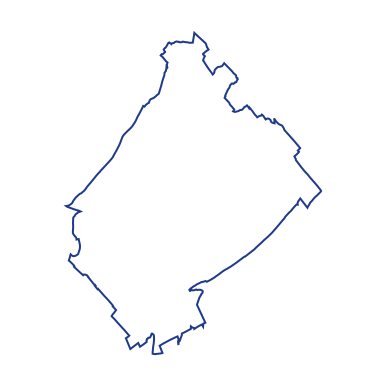 the district of Stauceni, Botosani, Romania, rotated 85°
{"feature_id": "2599482B98332276740934", "entity_name": "Stauceni", "entity_type": "district", "adm_level": 2, "iso_a3": "ROU", "parent_name": "Romania", "parent_adm1": "Botosani", "projection": "robinson", "projection_center": [26.772, 47.732], "detail": "fine", "context": "isolated", "style": "outline", "palette": "blue", "viewbox_px": 384, "rotation_deg": 85, "n_neighbors": 0, "source": "geoboundaries", "source_scale": "gbopen_adm2", "svg_char_len": 5962}
<svg xmlns="http://www.w3.org/2000/svg" viewBox="0 0 384 384"><g transform="rotate(85 192 192)"><path d="M331.9,270.6L343.0,267.1L337.7,258.7L341.6,257.3L340.3,254.9L337.5,250.3L336.8,250.4L336.4,250.3L336.1,250.0L335.7,250.1L334.6,249.7L334.6,249.4L334.3,249.0L333.4,248.3L333.4,246.7L333.1,246.3L331.1,245.2L329.7,244.6L329.5,244.2L330.1,243.6L330.3,243.2L331.1,242.6L331.9,242.5L334.2,242.5L335.1,242.7L335.4,242.6L339.8,243.4L342.4,244.1L348.3,245.2L349.7,245.3L350.3,243.0L350.1,237.3L349.8,235.5L342.3,237.6L340.4,233.7L337.3,226.4L335.4,221.4L334.6,219.0L337.4,218.2L338.7,218.6L340.4,219.0L342.3,218.9L342.2,218.6L340.7,218.7L339.8,217.8L339.4,217.3L338.8,217.0L333.7,214.6L332.1,214.4L331.1,211.6L328.3,205.1L325.7,204.8L326.1,204.3L327.1,203.8L327.1,203.4L327.7,201.6L328.6,201.6L326.5,197.7L324.9,194.0L324.9,193.8L327.1,192.7L324.1,192.2L323.4,190.1L304.7,196.9L298.9,194.3L297.7,193.8L296.8,192.9L295.9,192.6L295.3,191.9L294.6,191.7L294.2,191.2L293.6,190.5L291.8,189.9L290.8,190.8L290.1,192.3L290.0,193.4L290.0,194.7L290.1,195.5L289.5,196.3L290.1,198.6L290.1,199.6L289.6,200.8L290.4,202.6L289.3,203.2L288.1,201.9L287.2,200.3L286.1,198.6L285.4,196.8L284.3,195.0L283.9,193.7L282.5,190.3L282.5,188.8L282.1,187.4L281.9,186.2L282.7,185.1L281.3,181.5L280.1,179.1L279.0,176.9L277.9,175.2L276.4,172.5L274.3,169.2L273.2,167.4L272.4,165.8L271.1,162.8L270.6,162.1L270.5,161.6L270.5,161.4L266.9,155.0L261.2,145.8L260.9,145.2L260.9,144.6L260.5,144.0L254.3,134.5L253.9,134.2L253.6,133.7L252.9,133.0L248.2,126.8L246.6,124.9L243.3,120.4L239.7,116.0L234.8,110.9L228.7,104.8L227.8,103.9L227.6,103.5L225.3,101.5L224.8,101.3L224.0,100.4L220.4,96.4L219.6,95.2L216.9,92.6L213.9,89.4L213.6,88.9L213.7,88.7L213.9,87.8L212.2,87.8L210.7,87.1L207.9,84.7L217.7,78.4L217.3,78.2L213.4,75.4L212.9,75.2L211.3,73.3L209.9,72.0L208.2,70.3L206.5,68.0L203.2,64.0L202.3,63.3L201.1,63.8L197.9,65.9L195.4,67.6L189.0,72.3L184.3,75.5L181.6,77.7L176.6,81.1L169.3,85.7L167.9,85.8L166.7,86.4L166.4,86.4L165.6,86.9L165.2,86.7L164.8,86.3L164.5,85.5L162.1,82.6L161.3,81.9L160.0,83.0L157.7,80.4L149.2,86.4L138.5,94.4L137.9,94.7L136.8,94.9L135.7,95.4L135.2,95.7L134.1,96.2L133.6,96.6L132.7,98.2L132.3,99.1L131.4,100.1L129.6,101.6L129.1,102.1L125.8,103.8L127.8,103.6L130.8,103.8L129.8,106.2L129.2,106.9L128.3,107.3L127.3,107.4L126.0,108.6L125.6,109.3L125.4,110.0L125.4,110.5L125.6,111.2L126.2,112.2L125.5,112.7L124.8,112.9L124.2,113.4L122.6,114.2L121.5,115.1L121.0,115.7L121.7,116.1L121.9,116.5L122.0,117.5L122.1,118.1L122.3,118.6L123.3,120.5L122.7,120.8L120.2,122.7L116.3,125.0L112.8,127.4L113.6,127.8L111.8,128.8L110.5,129.7L111.3,130.8L112.0,132.4L112.3,132.8L113.2,133.5L114.3,134.8L114.5,135.3L114.6,135.7L114.5,136.4L114.6,137.0L115.3,138.5L115.5,139.0L116.0,142.2L115.9,142.6L115.2,144.0L113.6,142.7L110.8,144.6L108.6,146.3L108.2,146.6L106.5,147.1L105.9,147.5L101.0,151.3L99.5,150.3L99.1,150.6L97.3,149.7L93.0,147.2L92.4,146.7L92.0,146.2L90.8,145.4L89.9,145.2L88.8,144.5L87.4,142.9L87.5,142.0L87.8,141.7L87.9,141.3L87.3,140.4L86.5,139.5L86.5,139.3L86.7,139.1L86.4,138.4L86.0,138.1L85.0,137.6L84.0,137.0L83.7,136.6L82.4,136.9L82.4,137.4L82.1,137.7L81.2,137.9L79.6,138.0L76.9,140.5L74.9,141.8L66.5,148.7L68.6,150.5L69.2,151.1L69.4,151.9L69.5,152.6L69.7,153.4L69.7,154.7L69.8,155.2L69.9,155.6L70.9,157.0L72.1,158.3L72.6,158.7L73.0,158.9L75.0,159.4L76.0,160.2L76.8,161.1L75.3,161.9L72.4,163.7L69.5,165.4L64.3,168.2L63.7,168.4L63.4,168.4L61.9,169.5L61.5,169.4L59.4,168.4L57.8,167.3L56.0,168.9L55.7,169.0L55.1,168.8L54.7,168.0L53.4,166.3L52.7,165.1L51.6,163.1L50.9,163.5L49.8,164.0L49.2,164.4L47.7,164.7L45.1,165.4L36.5,173.3L33.7,175.8L35.9,176.3L43.3,178.2L43.1,181.7L42.4,183.7L42.4,184.2L42.3,185.0L41.4,188.0L41.8,188.7L41.9,190.3L41.7,191.4L41.5,192.0L41.3,192.0L41.1,192.8L41.1,193.0L40.8,193.8L40.7,194.5L40.9,194.8L41.0,195.6L41.4,196.4L41.9,197.0L42.2,199.0L42.9,199.7L42.1,200.1L41.9,200.4L41.8,201.0L41.4,201.5L41.1,201.6L41.1,201.8L41.3,202.2L41.6,202.7L42.0,203.1L42.6,203.3L45.8,205.6L46.1,206.0L46.3,206.6L47.6,207.8L47.9,207.8L50.0,206.6L50.3,206.6L50.8,207.4L51.6,208.3L52.0,208.9L52.1,209.1L52.0,210.0L52.4,210.6L53.2,211.3L54.9,209.6L59.7,206.3L60.8,205.1L63.2,206.0L65.4,205.8L66.0,205.7L66.1,205.8L65.0,206.5L67.0,206.8L69.5,207.7L69.8,208.1L70.9,209.0L73.0,209.3L79.3,212.0L83.4,213.4L91.1,216.5L91.4,216.8L92.7,218.9L93.8,220.1L94.0,220.6L94.9,221.8L95.3,223.0L95.7,224.3L96.0,225.2L97.0,226.1L97.5,226.4L99.3,227.1L100.0,228.6L101.2,230.4L101.5,230.7L102.8,231.8L102.0,233.1L104.8,234.7L108.5,237.1L110.6,238.4L111.1,238.9L111.8,239.4L115.4,241.4L117.6,242.8L118.7,243.7L121.1,245.6L123.1,247.7L126.8,252.3L128.3,254.0L129.4,255.2L131.1,256.5L136.9,259.3L138.8,260.3L144.3,263.8L147.9,266.3L149.3,267.2L150.9,268.3L151.7,269.0L155.7,273.2L162.9,281.2L164.2,282.4L164.7,283.1L167.6,286.1L173.8,292.1L177.4,295.8L180.7,298.6L181.6,299.7L183.1,301.8L183.8,302.8L183.9,303.4L184.3,304.3L187.4,308.3L189.8,310.5L191.3,311.6L191.7,311.7L192.9,312.7L194.0,314.6L194.6,315.7L194.8,316.4L195.0,318.6L195.9,317.5L199.2,310.4L200.8,306.3L201.7,304.7L202.1,306.0L202.2,306.9L202.5,307.6L203.2,308.3L203.8,309.5L204.3,310.1L205.7,311.0L206.9,312.3L207.5,312.6L213.0,313.3L213.5,313.3L216.2,313.4L221.8,314.2L222.4,314.2L223.3,314.0L224.8,313.2L227.4,311.4L228.2,311.2L229.3,311.2L229.0,309.0L234.5,308.3L236.5,308.3L238.7,308.7L240.0,309.1L240.6,309.5L243.6,310.7L244.0,311.0L244.9,312.5L245.3,313.4L245.5,314.2L245.6,315.0L245.5,316.1L244.8,317.2L243.5,318.3L244.3,318.7L246.5,319.4L249.6,320.7L250.6,319.6L253.7,316.9L254.8,316.1L255.3,315.8L255.4,316.2L256.2,316.1L265.4,307.8L264.8,307.3L264.9,306.9L265.0,305.5L265.7,304.0L267.6,302.7L267.7,302.9L276.4,297.0L276.2,296.7L277.0,296.2L277.3,296.8L280.7,294.5L280.3,294.0L287.9,288.4L290.4,286.4L292.5,284.8L297.5,281.2L298.8,280.5L299.1,280.9L303.0,277.9L306.0,280.6L307.1,281.8L308.8,282.9L312.0,280.2L316.1,277.2L323.8,271.3L328.9,267.6L329.6,267.0L330.5,268.1L331.9,270.6Z" fill="none" stroke="#1e3a8a" stroke-width="2"/></g></svg>